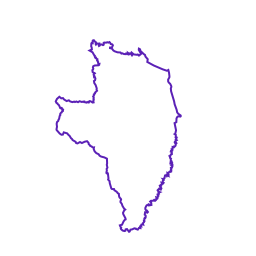 the district of Loreto, Orellana, Ecuador, rotated 331°
{"feature_id": "8360857B25470470808554", "entity_name": "Loreto", "entity_type": "district", "adm_level": 2, "iso_a3": "ECU", "parent_name": "Ecuador", "parent_adm1": "Orellana", "projection": "equal_earth", "projection_center": [-77.401, -0.648], "detail": "fine", "context": "isolated", "style": "outline", "palette": "violet", "viewbox_px": 256, "rotation_deg": 331, "n_neighbors": 0, "source": "geoboundaries", "source_scale": "gbopen_adm2", "svg_char_len": 5810}
<svg xmlns="http://www.w3.org/2000/svg" viewBox="0 0 256 256"><g transform="rotate(331 128 128)"><path d="M86.2,174.7L85.9,175.8L87.1,178.1L87.4,179.2L87.4,180.0L88.1,181.1L87.2,183.1L86.9,184.6L87.4,186.4L87.3,187.2L85.9,188.4L85.5,189.2L85.8,191.3L85.4,193.4L85.5,196.4L86.0,198.0L84.9,198.1L82.5,199.8L82.1,201.1L82.0,205.8L81.6,206.8L80.8,206.7L78.9,207.5L75.9,209.7L73.7,209.2L73.5,210.5L73.7,211.9L73.0,212.3L72.9,213.2L73.6,215.1L74.9,216.4L75.8,216.6L76.8,215.5L78.1,215.9L78.6,219.3L79.3,219.3L80.9,218.1L82.5,218.7L84.6,218.8L85.2,219.0L85.7,219.8L86.1,219.8L86.3,220.5L87.3,221.6L89.1,220.7L90.3,221.6L90.9,219.9L91.4,219.9L91.9,220.4L92.1,219.6L92.9,219.0L93.7,219.4L94.2,219.3L94.5,219.7L94.8,218.5L96.3,218.1L96.9,216.9L97.3,217.2L98.4,215.1L98.9,214.8L99.4,215.1L99.7,214.6L100.3,214.5L101.0,213.1L100.6,211.9L102.1,210.0L102.9,210.6L103.2,210.4L103.9,211.4L104.7,211.1L104.5,209.3L103.9,208.6L103.8,207.6L104.3,206.4L105.6,205.4L106.8,204.7L107.4,204.7L108.3,205.3L109.0,204.7L109.5,205.3L109.1,206.0L111.0,206.6L111.1,205.8L111.6,205.8L112.1,204.4L111.7,203.1L112.7,202.8L114.7,203.8L116.1,203.5L116.3,203.9L116.0,204.5L116.3,204.8L117.7,204.5L118.6,203.3L118.9,204.0L119.2,204.0L119.4,203.5L119.1,202.9L119.2,202.4L120.1,203.3L121.0,202.2L121.7,202.1L121.8,201.6L121.4,201.0L121.6,200.4L123.1,200.6L123.3,199.5L124.8,199.6L123.8,198.5L123.7,196.8L124.5,196.5L125.2,196.7L125.6,196.3L126.8,197.8L127.9,197.0L127.5,195.6L127.5,195.3L128.2,195.3L128.0,194.3L128.5,194.2L128.3,193.8L129.2,193.7L129.7,194.0L130.7,193.3L130.8,192.6L131.5,193.6L132.6,193.2L132.2,191.7L133.2,190.8L133.9,190.7L133.8,189.9L134.1,190.2L134.3,189.5L134.9,189.5L134.8,189.9L135.5,189.7L137.2,187.6L137.7,187.4L138.3,188.1L138.6,187.2L138.7,188.9L139.3,188.6L139.9,189.3L139.9,188.0L140.8,188.6L141.1,188.1L141.1,187.5L140.6,187.4L140.8,186.4L141.3,186.9L143.2,186.3L143.9,187.0L144.2,187.0L144.6,186.4L144.9,186.7L145.6,185.7L145.6,184.7L146.4,184.4L146.4,183.6L147.5,183.7L148.4,182.9L148.0,181.9L148.7,182.2L148.9,181.9L148.1,181.5L148.1,181.2L149.5,180.2L149.3,179.9L149.1,180.4L148.7,180.4L148.6,179.6L148.1,179.3L149.0,178.1L149.9,178.6L150.0,178.0L149.7,177.1L150.1,176.5L150.3,175.7L150.7,175.5L150.3,174.6L150.6,173.8L150.7,172.7L151.5,172.9L152.2,172.2L153.3,172.1L153.5,171.7L153.8,171.9L154.4,170.8L154.3,170.1L154.6,169.8L154.3,169.5L154.6,169.4L154.7,168.8L155.4,168.8L155.7,168.2L156.1,168.9L156.4,168.6L156.4,167.8L157.0,167.6L157.8,166.2L158.7,167.0L159.3,166.4L159.7,166.6L159.7,166.9L160.2,166.8L161.0,166.5L161.8,165.6L161.9,163.9L162.2,164.1L162.1,164.4L162.3,164.7L163.0,164.7L163.0,163.4L162.6,162.7L163.7,162.1L164.6,162.2L164.3,161.2L165.1,161.0L165.3,160.4L165.1,159.7L165.9,159.6L165.5,158.8L166.5,157.2L165.9,156.0L166.5,156.0L168.9,153.3L171.1,146.3L173.1,146.3L175.1,143.1L176.3,142.3L177.5,142.1L179.4,143.4L180.0,143.1L180.1,142.5L178.8,139.8L178.6,138.2L179.4,135.5L180.3,129.9L181.3,126.9L183.5,116.8L184.6,114.2L185.9,113.0L186.2,112.0L186.3,109.8L185.7,108.0L185.7,106.8L186.6,105.1L188.7,103.8L189.3,102.9L190.7,99.5L191.4,96.8L189.8,96.8L186.8,93.5L180.9,85.9L176.9,79.6L178.6,77.4L177.9,74.0L178.3,72.3L177.7,71.2L176.2,66.4L176.7,65.1L176.3,64.3L176.0,63.9L175.3,64.9L175.4,69.5L172.8,70.0L172.5,69.8L172.4,68.8L172.1,68.4L171.3,68.3L168.8,66.5L167.7,63.7L166.8,64.5L167.3,65.4L167.1,66.2L166.7,66.4L166.4,63.9L165.8,63.6L165.1,64.0L164.5,62.6L164.2,63.7L163.9,63.8L162.7,61.9L162.0,62.4L160.4,61.4L159.1,59.8L158.3,59.7L158.0,58.3L155.5,56.7L153.4,54.3L152.7,52.9L152.6,51.5L152.2,50.5L151.0,49.4L151.3,48.9L153.0,49.8L154.9,48.3L154.7,47.1L153.6,46.2L153.7,44.7L153.4,43.8L152.2,43.8L151.4,42.9L150.3,42.8L148.6,41.7L147.9,41.8L147.5,42.9L146.8,43.5L146.3,43.4L145.4,42.1L144.6,41.7L144.1,41.6L143.3,42.2L142.4,42.2L142.5,41.5L143.6,40.8L143.9,40.2L142.4,39.6L141.9,39.0L140.4,39.5L140.4,38.9L141.5,37.5L141.0,36.6L140.7,34.7L140.1,34.4L139.5,34.5L138.2,36.8L137.8,36.5L137.6,36.0L137.0,36.2L135.4,38.7L135.3,39.9L134.5,41.8L131.9,41.6L133.7,44.6L133.7,47.6L134.0,48.9L133.6,49.2L133.4,50.6L133.6,51.1L134.1,51.1L134.0,52.0L134.6,53.0L133.8,53.8L134.1,54.3L133.7,54.9L133.9,55.7L133.5,56.3L133.2,57.6L134.1,58.0L133.4,58.8L132.7,58.9L129.2,57.2L127.6,57.1L126.7,57.9L126.4,59.3L125.8,59.9L124.9,60.1L124.2,61.9L124.9,63.6L125.4,63.7L125.5,64.1L124.3,64.2L123.7,64.8L123.8,66.2L123.2,66.5L123.0,67.1L123.7,67.2L123.5,68.9L122.4,70.2L121.0,70.4L120.3,72.4L120.5,74.7L120.1,76.9L119.9,78.1L119.1,79.2L119.0,80.4L116.5,81.0L116.1,81.6L115.4,81.6L114.9,82.3L114.3,82.2L113.8,83.2L112.8,83.5L112.7,85.0L112.1,85.5L112.0,86.3L111.2,86.8L111.1,87.5L110.5,87.9L110.3,88.9L109.4,88.6L108.3,86.6L107.6,85.9L107.0,85.9L106.6,86.3L106.1,86.0L105.8,86.5L104.7,85.5L104.1,85.7L102.8,84.6L102.8,83.9L102.1,83.8L102.1,83.4L101.3,83.1L100.3,82.9L98.6,81.1L96.8,81.2L95.7,79.8L94.2,79.6L93.7,78.8L92.1,78.5L91.4,77.9L90.2,76.6L89.7,75.1L87.4,74.7L85.9,72.0L85.6,70.3L84.0,69.7L83.1,67.4L80.0,68.1L77.7,69.7L77.6,71.4L78.2,72.2L78.1,73.0L78.7,74.6L78.4,77.6L79.3,78.0L79.2,78.7L79.7,78.7L79.6,79.4L80.2,80.4L79.4,81.4L79.0,81.0L77.6,82.2L77.1,82.1L75.8,82.6L75.3,83.1L75.2,83.8L74.0,84.4L72.2,86.6L71.3,87.0L70.4,88.0L68.8,88.4L67.6,89.8L66.5,92.5L64.8,94.5L64.6,95.2L65.6,99.8L66.5,101.6L67.8,102.2L69.7,100.7L72.2,103.2L72.6,105.3L73.1,106.5L73.2,109.2L73.7,110.5L73.7,111.7L75.5,114.7L75.3,115.9L75.5,116.2L76.4,117.0L79.2,117.0L80.4,118.8L83.5,119.0L85.8,119.7L86.3,121.8L85.8,123.2L86.3,124.3L86.2,125.2L87.3,126.6L87.4,127.2L88.2,128.3L88.8,128.5L87.8,129.7L87.6,131.5L87.5,132.2L88.1,134.6L89.6,136.7L89.7,138.4L90.6,139.9L93.1,142.3L94.7,144.6L92.6,148.8L91.6,149.9L90.8,152.7L89.5,153.4L88.8,155.1L87.7,156.2L87.3,157.0L87.5,157.5L88.3,157.6L88.3,158.2L86.5,162.6L85.6,163.5L86.1,165.5L85.3,167.4L84.1,172.8L84.4,173.6L86.2,174.7Z" fill="none" stroke="#5b21b6" stroke-width="2"/></g></svg>